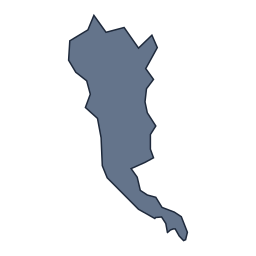 Gourri, Nicosia, Cyprus (Mercator projection)
{"feature_id": "46923920B8760055260995", "entity_name": "Gourri", "entity_type": "district", "adm_level": 2, "iso_a3": "CYP", "parent_name": "Cyprus", "parent_adm1": "Nicosia", "projection": "mercator", "projection_center": [33.166, 34.951], "detail": "fine", "context": "isolated", "style": "filled", "palette": "slate", "viewbox_px": 256, "rotation_deg": 0, "n_neighbors": 0, "source": "geoboundaries", "source_scale": "gbopen_adm2", "svg_char_len": 765}
<svg xmlns="http://www.w3.org/2000/svg" viewBox="0 0 256 256"><path d="M185.6,239.7L187.4,232.3L181.3,216.7L174.3,212.1L162.0,207.4L155.8,197.3L147.3,195.0L140.3,190.4L137.2,177.2L131.1,168.6L145.0,162.4L153.5,157.8L150.4,149.2L150.4,134.5L155.8,126.0L147.3,112.8L145.0,101.9L146.5,88.7L153.5,79.4L145.7,68.6L149.6,61.6L157.3,47.6L151.9,35.2L138.5,48.1L124.1,27.5L106.0,32.3L93.9,15.4L87.9,29.9L69.8,40.8L68.6,60.2L75.8,72.3L77.1,73.3L86.7,80.8L90.3,94.2L85.4,107.5L97.5,118.4L101.1,137.8L102.3,165.7L107.2,177.8L124.1,194.8L138.5,209.3L154.8,218.5L155.6,217.5L161.6,217.0L165.8,223.5L167.4,232.4L167.5,232.5L170.4,230.0L173.3,228.9L175.2,228.9L179.2,236.0L182.3,239.3L183.6,240.6L185.6,239.7L185.6,239.7Z" fill="#64748b" stroke="#1e293b" stroke-width="1.5"/></svg>